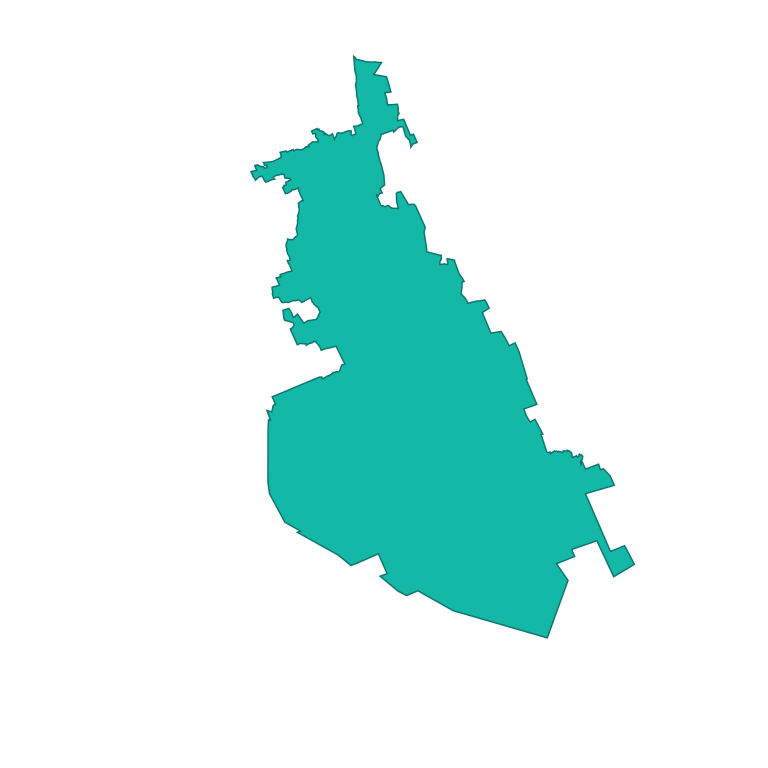 outline of Tekax, Yucatán, Mexico, rotated 331°
{"feature_id": "50627088B47903559300993", "entity_name": "Tekax", "entity_type": "district", "adm_level": 2, "iso_a3": "MEX", "parent_name": "Mexico", "parent_adm1": "Yucatán", "projection": "natural_earth1", "projection_center": [-89.263, 19.978], "detail": "fine", "context": "isolated", "style": "filled", "palette": "teal", "viewbox_px": 768, "rotation_deg": 331, "n_neighbors": 0, "source": "geoboundaries", "source_scale": "gbopen_adm2", "svg_char_len": 6162}
<svg xmlns="http://www.w3.org/2000/svg" viewBox="0 0 768 768"><g transform="rotate(331 384 384)"><path d="M403.7,685.2L449.7,645.0L447.7,624.8L467.2,627.2L467.8,619.6L494.2,624.3L491.5,663.9L515.6,663.1L516.0,642.0L500.9,640.3L507.0,577.6L536.4,584.2L537.2,574.0L534.9,564.6L531.7,563.9L532.8,558.2L519.0,556.1L519.6,548.1L517.1,550.0L517.7,548.1L518.7,546.8L519.6,546.8L519.9,546.1L520.8,546.1L522.7,543.7L522.5,542.5L522.1,541.5L521.4,541.2L521.1,540.1L520.4,540.2L519.8,541.6L519.0,541.5L518.4,541.9L517.6,541.4L517.6,540.0L516.6,540.1L514.3,539.7L514.0,540.0L513.2,539.4L513.2,538.4L513.9,537.5L514.2,536.2L514.6,535.7L514.5,534.5L514.1,534.3L514.0,533.1L512.7,531.3L512.0,530.8L511.5,531.5L508.5,529.4L506.6,530.6L506.0,529.4L504.8,528.3L504.3,528.3L504.0,527.4L502.9,527.6L502.4,526.9L502.5,526.5L501.2,525.9L500.8,525.3L500.0,525.2L495.7,525.7L496.3,524.0L494.1,523.5L493.4,522.5L496.9,504.2L498.6,504.8L498.9,488.1L493.2,488.2L493.1,481.2L494.1,473.6L507.8,475.9L510.6,448.8L511.7,448.9L517.8,421.1L518.6,411.6L512.0,411.2L512.3,402.5L511.9,394.8L502.2,391.4L504.6,369.1L512.7,368.7L513.1,362.8L512.8,359.2L508.6,358.0L505.7,356.6L496.5,354.0L496.8,350.7L496.3,347.1L495.4,344.1L495.3,342.2L498.9,337.5L501.6,332.9L503.8,333.1L503.6,328.1L503.2,324.0L505.1,311.3L505.7,309.9L500.4,305.3L499.8,305.2L499.1,306.9L498.7,309.0L497.8,310.2L496.0,309.3L495.5,308.6L494.2,307.9L490.8,306.6L492.1,304.1L493.3,303.5L495.1,302.0L496.4,299.1L495.1,298.3L485.6,289.2L487.6,284.4L492.7,270.4L496.0,267.1L498.0,243.2L497.2,241.2L492.2,238.8L492.3,235.6L491.9,223.8L490.2,223.6L489.4,223.0L487.3,223.2L483.6,230.3L481.7,237.4L476.6,234.4L475.2,232.4L474.7,230.5L474.1,229.8L470.8,229.5L469.5,227.6L467.8,226.9L469.0,215.1L469.5,215.0L470.1,216.7L472.3,215.3L475.1,216.0L475.2,211.3L481.0,210.2L485.2,201.1L488.2,189.6L488.4,187.6L490.3,180.4L491.0,179.0L492.1,174.0L497.4,168.6L498.7,168.5L502.5,164.5L515.0,166.4L514.6,168.4L521.2,166.6L524.3,167.6L525.3,168.4L523.0,178.2L523.7,179.2L523.7,180.8L524.6,182.5L523.1,188.3L522.3,189.8L525.6,188.2L530.1,188.8L530.8,179.7L527.7,179.3L529.5,162.0L523.7,160.3L525.1,157.2L526.9,155.3L527.2,154.7L528.2,154.9L528.7,152.4L530.3,149.3L531.4,145.9L522.3,141.6L524.4,136.5L526.1,129.5L529.6,131.3L531.6,131.9L533.6,123.9L535.1,116.5L525.0,108.3L525.1,107.8L527.2,107.4L537.7,101.6L533.1,98.8L532.1,97.8L530.0,97.0L524.8,93.6L517.7,87.0L516.9,86.6L517.2,84.7L516.4,82.8L510.4,95.9L509.1,101.3L506.7,105.8L504.1,108.6L502.5,113.1L501.0,116.6L500.0,118.2L499.3,120.4L498.9,123.1L498.1,124.3L496.8,128.0L496.0,127.7L494.7,131.0L492.9,134.8L493.1,136.6L492.7,138.1L493.0,139.1L492.2,142.3L492.0,144.9L491.3,146.0L487.3,145.5L487.1,146.0L482.4,143.9L482.3,144.9L481.2,149.9L480.8,151.0L480.1,151.8L479.8,151.6L477.9,151.3L476.8,151.4L476.0,149.9L477.6,147.5L477.9,146.6L477.3,146.4L476.2,145.4L472.0,144.6L469.5,144.4L467.3,143.3L465.4,141.8L463.8,142.6L461.9,144.6L461.2,144.5L459.3,146.1L460.2,140.2L456.6,140.4L455.3,138.9L453.9,136.0L453.2,136.7L452.6,136.6L453.4,134.3L452.3,132.7L450.5,131.5L450.7,129.6L449.4,129.5L449.5,128.2L443.3,127.6L443.0,130.8L444.5,131.0L445.5,131.4L445.4,132.1L444.4,133.8L444.0,135.6L444.4,136.6L444.6,138.6L443.8,140.4L438.7,137.6L433.5,138.5L433.5,140.0L432.3,139.3L430.6,138.8L429.5,138.8L429.2,139.3L428.8,139.4L425.5,139.1L424.3,138.6L421.6,136.5L418.2,136.4L418.4,135.0L411.5,134.1L411.5,132.8L405.4,131.0L405.3,132.8L403.8,136.0L394.8,135.6L388.0,132.9L385.9,131.9L385.9,133.2L385.6,134.5L385.7,135.2L387.6,136.1L386.5,138.1L384.0,137.1L383.7,135.1L381.7,134.2L379.8,131.2L378.1,130.6L376.9,130.3L376.6,131.7L376.4,135.5L370.7,133.7L370.4,134.8L370.5,135.8L370.1,139.4L370.6,141.8L370.2,143.4L374.4,142.4L378.1,142.9L378.1,148.4L378.4,150.1L380.3,150.7L382.7,150.6L385.0,150.9L387.6,151.8L387.3,150.5L387.4,149.9L387.8,149.4L388.5,149.2L390.3,149.4L390.8,149.2L393.9,150.4L395.3,150.5L396.1,151.1L396.8,151.1L398.2,152.5L397.2,155.8L401.4,158.5L401.7,160.2L395.7,160.0L395.2,162.3L394.6,162.4L392.8,161.8L392.2,162.9L390.8,162.8L390.5,164.1L390.1,169.7L392.3,170.5L396.5,170.3L397.3,169.7L398.6,169.9L399.7,170.5L402.7,171.0L404.2,170.7L403.1,174.3L403.3,174.4L402.8,176.3L402.2,184.6L400.1,183.7L398.5,184.1L397.5,184.1L396.5,184.5L396.3,185.9L395.3,187.6L394.9,189.4L393.8,191.3L392.7,192.8L392.2,192.9L391.6,193.7L389.9,195.1L389.6,195.7L389.6,197.0L388.2,198.2L386.3,201.6L383.8,204.4L382.6,205.3L380.6,211.9L379.4,212.5L377.9,212.3L374.3,213.7L372.8,212.6L371.7,212.3L370.0,210.5L369.4,211.6L367.3,213.2L365.8,214.9L364.8,216.9L364.8,218.0L363.8,219.8L363.6,221.0L363.0,222.7L362.8,223.5L363.0,224.6L363.0,226.5L362.4,228.8L362.3,230.0L360.7,229.9L359.3,229.2L358.9,231.8L359.0,233.4L358.7,238.3L358.0,240.7L354.7,239.4L350.0,238.7L347.9,238.2L346.1,238.0L345.5,239.4L345.6,240.3L341.2,238.9L340.5,246.9L333.0,245.1L332.1,247.0L331.1,250.2L330.3,250.5L329.7,252.1L329.1,255.4L332.0,256.1L333.9,257.3L334.2,262.9L334.9,263.7L338.3,265.1L339.9,266.4L345.4,267.0L345.9,267.8L350.5,269.1L351.6,272.9L356.5,272.9L358.0,272.7L359.4,272.9L361.7,272.9L361.4,275.6L361.0,277.3L361.5,279.4L361.4,280.4L363.4,285.7L362.8,290.4L362.0,290.6L357.3,294.2L355.9,294.7L347.9,291.6L345.6,292.0L344.3,291.7L343.4,292.0L342.2,280.9L340.5,281.2L338.8,282.1L336.9,281.2L337.7,276.7L337.4,271.8L331.4,270.5L328.2,278.1L328.1,280.3L330.1,282.0L333.4,285.4L334.5,286.9L334.5,287.4L333.8,288.9L332.2,289.9L331.5,290.0L329.6,290.8L329.1,290.5L328.7,290.5L327.2,307.5L328.1,307.9L329.6,307.7L330.9,308.2L334.2,310.6L335.4,311.2L334.9,312.5L338.1,312.3L340.9,313.1L343.2,312.9L345.3,313.9L344.8,314.6L345.7,318.2L345.9,320.8L345.4,324.0L350.9,325.0L354.3,326.2L360.4,327.7L359.4,347.6L356.1,347.0L352.0,350.7L350.6,351.2L349.8,351.2L348.0,350.0L347.0,350.1L345.2,349.3L340.3,350.3L339.8,349.9L338.0,349.6L333.8,349.9L333.2,349.7L332.8,349.3L333.0,347.8L330.7,346.6L280.0,341.0L279.2,349.0L276.8,349.0L272.2,354.1L268.8,350.4L267.2,360.6L265.6,359.4L260.4,367.9L235.0,413.4L230.7,424.4L230.3,456.9L239.7,472.1L236.3,471.7L260.9,511.2L267.1,526.7L273.4,527.6L296.8,529.8L294.8,551.4L287.4,550.2L296.0,572.3L301.3,580.0L313.3,581.2L334.6,615.8L403.7,685.2Z" fill="#14b8a6" stroke="#0f766e" stroke-width="1.5"/></g></svg>